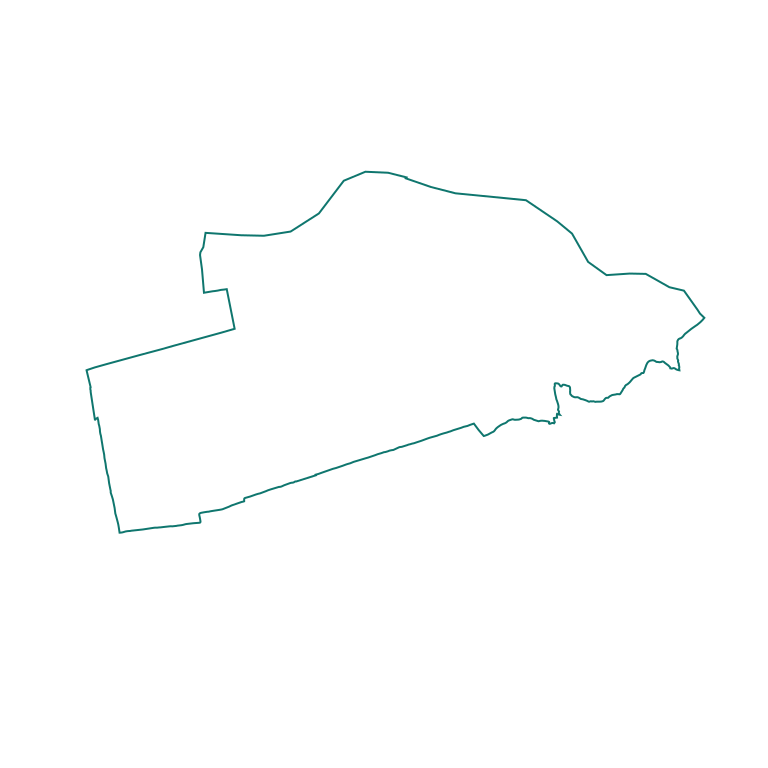 Banesti, Prahova, Romania (Albers equal-area conic projection), rotated 106°
{"feature_id": "2599482B67789430920031", "entity_name": "Banesti", "entity_type": "district", "adm_level": 2, "iso_a3": "ROU", "parent_name": "Romania", "parent_adm1": "Prahova", "projection": "albers", "projection_center": [25.79, 45.09], "detail": "fine", "context": "isolated", "style": "outline", "palette": "teal", "viewbox_px": 768, "rotation_deg": 106, "n_neighbors": 0, "source": "geoboundaries", "source_scale": "gbopen_adm2", "svg_char_len": 6135}
<svg xmlns="http://www.w3.org/2000/svg" viewBox="0 0 768 768"><g transform="rotate(106 384 384)"><path d="M452.8,673.7L468.0,665.1L468.4,665.3L470.1,664.8L471.3,664.1L472.1,663.9L473.1,663.5L497.9,652.1L497.9,651.8L497.7,651.7L496.4,650.9L495.5,650.0L497.3,648.9L501.1,647.2L502.7,646.2L505.7,644.7L508.0,643.9L509.1,643.4L510.3,642.8L511.7,641.9L517.7,639.1L518.5,638.7L524.1,636.1L526.9,634.6L529.1,633.5L532.2,632.3L537.3,629.7L541.5,627.9L543.5,626.8L546.3,625.4L548.9,623.6L555.1,620.9L561.3,617.7L561.6,617.5L562.1,617.2L563.1,617.0L564.0,616.6L566.9,614.6L569.7,612.8L577.4,608.8L582.7,606.5L583.4,606.0L585.5,604.7L590.0,602.0L592.3,600.7L595.2,599.3L599.8,597.2L599.4,596.0L598.8,594.7L598.3,593.8L597.0,591.8L596.1,589.9L595.2,587.4L594.7,586.5L590.3,575.7L585.7,565.7L585.1,564.2L584.6,562.4L583.9,560.7L583.4,559.3L583.0,558.3L582.1,556.2L580.1,551.3L579.7,550.3L579.1,548.1L577.6,544.4L577.1,543.5L575.6,539.9L574.9,538.5L573.5,536.2L573.0,535.2L570.3,528.7L568.4,523.5L568.1,522.9L567.9,522.6L567.6,522.5L567.2,522.4L566.5,522.6L563.4,524.1L561.0,525.4L560.5,525.6L559.7,525.7L559.1,525.4L558.7,524.9L558.3,524.4L556.9,521.6L555.6,518.8L555.0,517.2L554.3,516.0L553.2,513.7L550.2,507.2L549.4,505.6L548.9,504.7L544.6,499.1L542.8,497.1L536.6,488.3L536.1,487.3L535.3,486.1L533.5,486.6L532.6,486.7L532.2,486.5L531.7,485.9L529.1,481.7L525.6,476.8L524.3,474.8L523.3,473.0L519.6,468.0L518.2,466.3L516.5,463.8L511.8,456.5L511.8,456.2L511.3,455.1L510.7,454.2L508.8,452.0L505.1,446.9L504.4,445.7L504.1,444.8L503.5,443.7L502.7,443.0L502.2,442.5L501.9,441.5L490.5,424.3L490.0,424.7L488.5,422.2L486.6,419.6L479.6,409.7L478.0,407.0L474.0,401.2L472.0,398.5L471.1,397.2L469.5,394.6L467.2,391.7L464.2,387.0L460.4,381.1L459.1,379.0L454.8,372.8L453.2,370.7L451.2,367.5L449.6,365.3L449.0,363.9L447.6,361.7L446.5,360.3L445.6,358.6L444.8,356.8L440.8,352.2L440.3,351.5L439.5,349.6L436.2,344.6L435.6,343.9L434.6,342.1L433.6,340.6L432.7,338.9L431.8,337.6L431.1,336.6L428.4,332.6L424.5,327.3L423.1,325.3L419.1,318.8L417.6,316.9L416.4,315.2L415.1,313.2L413.3,310.2L412.1,308.5L411.3,307.2L409.3,304.6L404.8,297.7L403.2,295.6L401.3,292.2L399.5,289.9L397.3,286.7L402.1,280.4L406.5,273.8L406.2,273.2L404.0,270.2L400.9,267.1L400.0,266.0L399.2,265.3L398.2,264.8L396.5,264.2L395.5,263.7L394.0,262.7L391.2,260.4L390.1,259.2L389.1,258.0L388.7,257.3L387.9,256.4L387.0,255.6L385.6,254.8L384.8,254.1L383.9,252.9L382.8,251.3L382.4,250.5L382.4,248.9L382.3,248.2L381.2,245.0L380.8,244.2L380.2,243.3L379.7,242.6L379.1,242.2L378.4,241.8L378.0,241.1L377.2,238.4L377.1,237.6L377.1,236.0L377.0,235.6L376.6,234.4L376.5,233.7L376.5,233.1L376.6,231.7L376.8,231.2L377.1,230.1L377.1,229.5L377.2,225.5L377.2,225.2L376.9,224.6L376.2,223.4L375.7,222.0L375.2,219.4L374.8,215.7L374.9,215.0L375.0,214.8L376.3,214.6L376.5,214.4L376.6,214.1L376.6,213.9L376.5,213.5L375.6,212.3L375.1,211.6L374.9,210.8L374.9,209.7L373.7,209.3L373.3,209.5L372.6,210.1L371.0,210.8L370.6,211.2L370.4,211.4L370.3,211.7L370.3,212.0L369.6,210.7L368.6,208.4L366.8,209.1L365.4,209.4L365.1,209.4L365.2,207.6L365.1,206.6L364.9,206.9L364.5,207.2L363.9,207.9L363.5,208.1L363.1,208.1L362.4,208.1L361.0,209.3L360.9,209.6L360.5,209.7L358.9,209.7L358.0,209.9L356.5,210.5L355.3,211.2L352.6,213.0L351.2,214.1L349.4,215.0L346.6,216.6L341.2,219.1L339.7,219.4L338.8,219.2L336.9,219.9L336.5,219.9L336.2,219.6L336.0,219.2L335.7,217.9L335.6,216.8L335.6,216.5L335.9,215.8L336.2,215.3L336.9,214.5L337.5,213.6L337.5,212.9L337.4,212.7L335.7,212.1L335.4,211.8L335.3,211.5L335.1,210.6L335.0,209.8L335.2,207.6L335.1,206.1L335.1,205.5L335.4,204.9L336.2,204.2L339.3,203.1L339.8,203.1L341.3,202.6L342.1,202.3L342.6,201.9L342.9,201.2L343.4,200.6L343.8,199.8L344.0,198.6L344.2,197.4L344.0,196.2L343.4,194.6L343.4,194.0L343.4,193.4L343.8,191.6L344.1,191.1L344.1,190.6L344.0,189.3L343.9,188.6L344.0,186.5L344.0,186.0L344.2,184.1L344.5,182.6L344.5,182.0L344.2,181.4L343.9,181.0L343.6,180.5L343.5,180.1L343.5,179.3L343.0,178.3L342.9,177.9L342.9,177.2L342.9,176.2L342.9,175.9L342.3,174.5L341.3,171.1L341.0,170.3L340.3,169.1L339.8,168.5L339.0,168.1L337.6,167.6L336.5,167.0L336.1,166.5L335.8,165.9L335.6,165.2L335.5,164.8L334.9,164.4L334.0,163.9L333.4,163.4L331.7,161.6L330.1,158.2L329.6,157.5L329.3,156.6L328.9,154.6L328.7,154.4L328.1,154.1L324.0,152.9L323.0,152.8L322.1,152.5L321.1,151.9L319.5,151.7L318.3,151.1L317.0,149.8L315.0,148.5L313.6,147.8L312.4,147.3L310.0,146.2L309.5,145.9L309.0,145.4L304.1,140.1L303.8,140.0L302.6,139.5L302.2,138.5L301.9,137.7L301.5,137.7L300.8,137.4L300.2,137.4L298.9,137.5L297.2,137.3L293.5,137.1L291.3,136.7L290.5,136.4L289.6,135.9L289.1,135.5L288.5,134.9L288.0,134.1L287.1,132.3L287.0,130.9L287.1,130.3L287.2,129.7L287.6,128.4L287.6,128.2L287.6,127.7L287.4,127.2L287.2,125.7L287.1,125.0L286.7,124.2L286.5,123.7L285.9,123.1L285.6,122.7L285.5,121.6L285.6,121.2L285.8,120.7L286.2,120.0L287.8,115.7L288.6,114.4L289.0,113.7L289.5,113.2L290.0,113.1L289.9,111.7L289.7,111.3L289.0,110.3L288.8,109.7L288.8,109.1L288.9,108.6L289.3,107.4L289.4,107.1L289.5,106.0L289.5,104.8L289.4,103.8L288.9,104.0L288.4,104.5L287.9,104.6L287.1,104.6L286.2,104.9L285.4,105.2L284.8,105.8L284.4,105.9L283.9,105.9L283.4,106.1L283.0,106.5L282.3,106.9L281.7,107.4L281.0,107.7L280.3,107.7L279.6,108.2L278.7,109.0L278.2,109.2L277.3,109.4L277.0,109.6L275.9,109.7L274.6,109.6L273.4,109.9L271.6,110.9L270.8,111.2L269.8,111.8L269.4,112.4L264.9,113.0L262.0,113.8L260.4,113.5L259.6,113.1L258.7,112.2L258.4,111.6L257.2,110.5L255.6,109.6L254.2,109.1L252.4,108.2L252.1,107.9L246.3,103.8L242.1,100.4L240.7,99.2L239.5,98.4L237.3,96.9L235.5,95.9L234.8,95.5L232.1,94.3L229.2,99.7L226.3,103.0L211.6,121.4L212.3,136.4L206.0,162.7L210.1,178.2L218.0,200.1L210.4,221.4L187.6,244.7L179.9,262.4L168.2,298.2L181.0,367.9L181.7,393.2L180.3,419.7L179.2,419.3L179.8,438.3L185.1,460.4L199.7,478.7L238.0,493.6L263.2,515.8L274.6,540.3L280.4,562.4L287.9,597.2L302.3,595.4L308.0,596.8L310.7,596.4L324.1,590.5L345.9,582.2L342.1,574.3L341.2,572.1L340.0,569.5L338.5,566.7L337.2,563.5L336.2,561.3L372.1,542.8L379.4,554.4L405.2,596.7L411.8,607.3L423.5,626.8L441.5,656.4L447.8,666.6L452.4,673.3L452.5,673.3L452.8,673.7Z" fill="none" stroke="#0f766e" stroke-width="2"/></g></svg>